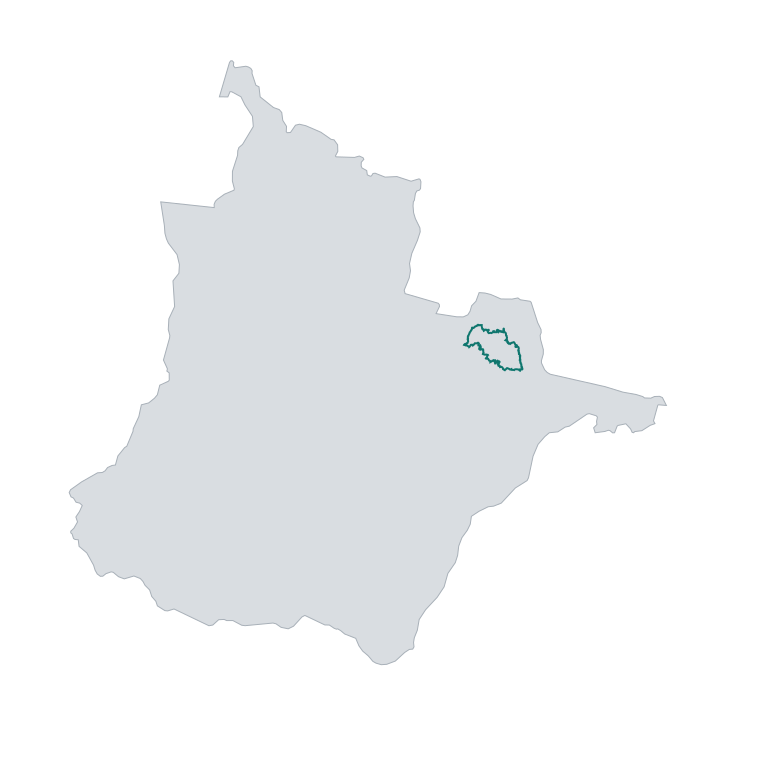 Feshi, Bandundu, Democratic Republic of the Congo shown in context, rotated 194°
{"feature_id": "63176286B93121803325272", "entity_name": "Feshi", "entity_type": "district", "adm_level": 2, "iso_a3": "COD", "parent_name": "Democratic Republic of the Congo", "parent_adm1": "Bandundu", "projection": "orthographic", "projection_center": [18.318, -6.306], "detail": "fine", "context": "in_parent", "style": "outline", "palette": "teal", "viewbox_px": 768, "rotation_deg": 194, "n_neighbors": 0, "source": "geoboundaries", "source_scale": "gbopen_adm2", "svg_char_len": 9348}
<svg xmlns="http://www.w3.org/2000/svg" viewBox="0 0 768 768"><g transform="rotate(194 384 384)"><path d="M644.7,506.7L591.4,514.1L592.3,517.3L591.8,520.5L590.3,523.0L584.7,529.6L576.5,535.7L576.4,537.2L580.2,544.2L582.5,553.7L581.4,570.4L582.3,574.9L582.0,578.4L579.2,582.3L573.1,602.2L576.4,611.9L586.5,621.2L592.3,628.1L602.5,630.7L604.1,630.4L605.0,624.8L613.2,622.8L611.7,658.5L611.0,660.4L609.5,660.9L607.6,659.7L607.1,656.3L605.0,654.8L594.9,658.9L592.3,658.8L589.6,658.0L587.7,656.1L587.2,653.4L580.6,642.9L577.2,642.1L573.6,632.6L558.1,625.5L552.0,624.9L548.9,622.7L546.0,615.3L540.9,610.4L539.9,605.2L538.8,604.4L535.6,605.4L532.5,613.7L528.9,615.6L522.4,615.7L506.1,613.0L494.6,608.6L491.5,608.8L486.9,604.9L485.1,598.5L486.3,593.5L485.5,592.8L467.5,596.7L463.1,599.2L459.1,598.5L457.9,597.1L459.7,593.7L458.9,590.0L457.6,588.3L452.4,586.9L450.8,582.9L447.6,582.3L446.5,582.9L445.6,585.6L443.6,586.4L433.0,585.0L421.7,588.4L406.8,587.3L399.7,591.5L398.6,591.3L397.1,589.2L395.8,582.4L396.6,580.6L398.8,579.3L399.6,576.5L399.0,569.5L399.6,567.9L398.9,563.8L396.7,557.3L393.6,552.1L386.9,544.1L385.7,540.4L386.3,531.5L388.6,517.5L388.4,507.1L385.7,500.3L385.2,493.0L387.1,479.9L385.4,476.8L351.0,475.5L349.6,474.5L348.9,472.7L350.5,464.9L329.6,466.8L323.3,468.3L319.4,471.4L318.1,475.4L317.9,481.1L314.8,486.5L313.8,495.7L308.0,496.7L302.2,496.7L291.1,494.8L280.2,497.4L274.9,499.9L272.1,498.7L262.3,499.6L261.0,498.9L249.8,480.8L244.8,474.8L243.9,471.8L244.3,469.0L242.9,465.2L237.7,455.9L236.7,451.6L236.9,444.8L236.3,442.5L231.6,436.7L228.5,434.7L225.0,433.7L168.8,434.9L150.2,433.9L136.7,434.8L129.8,434.4L127.9,433.5L121.7,434.8L118.5,437.3L113.6,438.7L110.6,438.2L104.8,431.5L112.7,430.2L113.2,429.6L113.6,413.4L111.5,411.1L115.7,408.3L122.5,401.1L129.2,398.5L130.0,397.1L131.5,397.1L133.9,400.1L139.7,403.9L146.9,400.4L147.6,399.5L148.5,392.5L150.3,391.9L153.4,393.4L155.1,393.4L158.2,391.4L167.3,387.8L170.0,392.2L167.6,396.2L168.7,399.1L168.9,403.5L170.4,404.5L177.7,404.9L179.8,403.8L194.0,387.9L197.8,386.0L203.8,379.6L211.8,376.7L215.3,371.8L219.9,362.8L221.9,350.0L221.1,327.9L221.8,324.9L231.4,314.9L241.4,296.8L248.1,292.0L253.2,290.1L261.0,283.5L267.2,276.8L266.4,268.8L267.8,262.2L271.2,253.8L272.3,244.9L271.1,235.5L271.6,227.9L276.2,215.7L276.6,201.7L280.8,189.9L289.0,175.1L292.9,164.0L292.1,153.1L293.2,145.1L292.8,140.3L291.3,136.2L292.0,133.7L295.2,132.6L299.0,128.5L306.0,117.9L313.5,112.7L318.7,111.0L324.2,111.2L327.7,112.2L333.5,116.4L340.1,119.7L345.0,123.9L349.9,130.4L361.6,131.9L366.6,134.3L369.7,135.2L370.8,134.6L373.2,134.9L378.7,136.9L383.1,135.9L404.8,140.3L407.2,138.2L413.2,127.1L417.7,123.3L425.0,123.0L430.8,125.2L433.9,125.2L460.3,115.9L463.7,115.5L473.3,117.9L479.5,116.4L482.1,116.9L487.4,115.3L491.8,108.7L495.4,107.1L533.3,114.9L539.0,111.5L541.8,111.1L550.2,113.9L552.8,118.0L557.9,121.6L561.6,127.5L567.2,130.9L570.1,134.1L573.4,136.3L580.2,137.2L588.9,132.1L595.0,132.8L601.2,135.8L603.3,135.7L607.9,132.7L610.3,129.5L612.7,128.8L616.3,130.3L619.3,133.5L622.0,138.0L631.5,148.2L640.6,152.7L643.0,158.9L646.2,158.4L647.9,159.0L650.3,163.0L651.9,163.8L652.3,165.4L650.0,169.0L648.0,176.0L650.8,180.4L648.6,186.6L647.4,193.1L650.4,194.8L654.2,194.8L657.7,198.2L660.4,198.8L663.2,202.5L662.6,205.5L653.8,215.8L640.5,228.5L635.9,230.0L633.6,232.3L632.0,236.1L628.1,239.2L625.0,240.4L624.8,249.8L620.3,259.5L618.5,261.4L616.1,277.3L616.5,280.0L614.0,293.0L614.4,305.1L607.8,308.7L603.3,314.6L601.3,318.7L601.3,328.6L593.9,334.5L593.3,335.8L595.1,342.8L597.8,344.0L597.8,346.3L603.8,353.9L603.2,376.9L603.5,379.2L606.5,384.7L608.5,395.2L605.9,408.5L613.7,433.0L609.8,441.8L611.4,450.4L616.1,459.5L627.3,468.5L630.2,472.2L633.0,477.2L635.5,484.8L644.7,506.7Z" fill="#d9dde1" stroke="#a8b0b8" stroke-width="1"/><path d="M291.3,433.4L291.0,433.3L290.9,433.4L290.5,434.1L290.3,434.2L289.8,433.6L289.0,433.6L288.7,433.2L288.1,432.7L287.7,432.2L286.7,432.1L286.5,431.9L286.2,431.1L285.8,431.7L285.4,431.6L284.8,432.2L284.6,432.7L284.0,432.8L283.8,433.4L283.6,433.6L283.2,433.7L282.9,433.7L282.6,433.6L282.8,433.1L282.6,432.9L282.5,433.0L282.3,433.5L281.9,433.8L281.7,433.5L281.8,432.5L281.7,431.9L281.4,431.2L281.1,430.8L280.9,430.9L280.8,431.1L280.6,431.1L280.6,431.4L280.4,431.9L280.0,432.1L280.0,432.5L279.9,432.8L279.8,433.1L280.0,433.2L279.6,434.1L279.3,434.1L278.7,433.7L277.6,433.8L277.4,433.6L278.0,433.3L278.5,433.0L278.6,432.8L278.7,432.3L278.5,431.9L278.4,431.7L277.6,432.3L277.5,432.1L277.5,431.5L278.1,430.8L278.1,430.5L278.0,430.3L277.2,430.0L277.3,429.4L277.0,429.3L275.5,429.3L275.4,428.5L274.4,428.9L273.5,428.9L273.1,428.7L272.3,427.8L272.0,427.7L272.0,427.2L270.9,426.9L270.3,426.6L270.1,426.6L270.0,426.9L269.3,427.8L268.7,429.0L268.3,429.2L267.7,429.2L267.3,429.0L266.7,429.0L265.7,428.8L265.3,428.5L264.9,428.5L264.7,428.7L264.0,429.3L263.7,428.7L263.2,428.6L262.8,428.8L262.2,428.9L262.0,429.0L261.0,429.0L260.7,429.7L259.7,430.2L258.9,430.4L256.9,430.6L255.8,430.0L255.2,429.8L255.1,430.1L255.6,430.9L255.5,431.2L254.7,431.4L253.6,431.5L253.4,431.6L253.3,431.9L253.3,432.1L253.5,432.4L253.8,432.6L254.0,433.2L254.2,433.4L254.2,433.5L254.4,433.6L254.2,433.8L254.4,434.1L255.0,434.4L255.1,434.8L255.1,435.1L255.3,435.4L255.3,435.7L255.5,436.1L255.6,436.4L255.8,436.4L256.7,437.5L256.6,438.0L256.8,438.2L257.0,438.1L257.2,438.8L257.4,439.0L257.5,439.4L257.4,439.5L257.5,440.1L257.8,440.2L258.0,440.2L258.0,440.4L257.9,440.5L258.1,440.8L257.9,441.1L258.2,441.5L258.2,442.2L258.5,442.5L258.5,442.9L258.6,443.1L258.5,443.6L258.7,443.9L258.9,443.9L258.9,444.1L258.8,444.4L259.0,444.5L259.2,445.0L259.4,445.1L259.6,445.3L259.7,445.5L260.1,445.9L260.0,446.0L260.4,446.4L260.5,446.3L260.7,446.9L260.6,447.2L261.0,447.5L261.1,447.9L261.1,448.3L261.4,448.4L261.4,448.8L261.6,448.8L261.8,449.0L261.7,449.2L261.7,449.4L261.9,449.8L261.7,450.7L262.3,452.1L263.0,452.5L263.3,452.6L264.8,451.8L265.3,451.8L265.6,452.2L265.6,452.7L265.2,453.0L264.5,453.2L264.4,453.4L264.4,453.6L264.5,453.7L264.7,453.8L265.1,453.5L265.4,453.5L266.2,454.1L267.3,455.4L268.1,456.0L268.5,455.9L269.6,455.0L270.1,454.9L270.4,454.5L270.7,454.1L271.0,454.1L271.1,453.7L271.5,453.9L272.1,453.8L272.4,453.2L273.7,453.7L273.8,454.1L273.6,454.5L273.8,454.7L274.3,454.5L274.6,454.6L274.6,455.0L274.8,455.7L275.1,456.3L275.4,456.3L275.8,455.8L276.1,455.7L276.7,455.8L276.4,456.3L276.0,456.7L275.9,457.2L275.8,457.5L275.9,457.9L275.8,458.3L275.9,458.9L276.4,459.5L276.6,460.3L277.2,460.5L277.6,461.2L277.7,462.1L277.8,462.2L278.2,462.6L278.4,463.1L279.6,463.6L280.2,464.2L281.1,466.6L281.3,466.6L281.4,466.3L281.1,465.1L280.7,464.7L280.5,464.3L280.6,464.0L280.3,463.2L280.6,463.0L281.6,463.1L282.0,463.6L282.4,463.6L282.5,463.0L283.0,462.9L283.5,463.4L284.4,463.6L284.8,463.6L285.1,463.1L285.1,462.9L285.3,462.9L285.4,462.6L285.8,463.2L286.1,463.2L286.1,463.5L286.3,463.9L286.4,464.0L287.1,464.0L287.4,463.7L287.6,463.0L287.5,462.9L287.4,462.4L287.0,462.2L286.8,461.8L286.9,461.6L289.8,460.9L290.1,461.7L290.2,461.9L290.4,461.8L290.8,461.5L290.6,461.1L290.6,460.8L292.1,459.4L292.8,459.5L294.6,458.7L294.8,458.8L295.3,459.1L295.8,459.6L296.0,460.0L296.0,460.5L295.4,461.3L295.4,461.7L295.6,461.9L296.0,461.8L296.5,461.0L296.7,460.8L297.1,460.9L297.7,461.4L298.0,461.4L298.3,461.2L298.7,461.3L298.8,461.2L299.0,461.1L299.5,461.0L299.6,460.2L300.0,459.8L300.1,460.0L300.1,459.8L300.3,460.2L300.2,460.3L300.4,460.9L300.8,461.0L301.0,460.8L301.6,460.9L301.7,461.0L301.8,461.5L302.2,461.6L302.5,462.4L303.2,463.6L303.4,464.8L304.8,464.5L305.3,464.2L305.5,464.2L305.9,464.0L306.1,464.2L306.4,464.2L307.0,464.2L307.2,463.7L307.4,463.7L307.5,463.4L307.8,463.1L308.0,463.1L308.2,462.6L308.5,462.5L308.8,462.4L309.0,462.2L309.3,462.0L309.4,461.8L309.7,461.6L310.0,460.9L310.5,460.5L310.6,460.1L311.2,459.8L311.7,460.0L311.8,459.9L312.0,460.0L312.2,459.9L312.2,459.5L312.0,459.3L311.9,458.9L312.0,458.6L312.0,458.4L312.1,458.2L312.2,457.5L312.5,457.1L312.4,457.0L312.9,455.5L313.3,455.0L313.3,454.4L313.4,454.2L313.4,453.9L313.3,453.7L313.4,453.4L313.4,453.2L313.6,452.8L313.6,452.2L313.8,451.7L314.0,451.3L313.8,451.0L314.0,450.7L314.1,449.9L313.9,449.4L313.6,449.0L313.7,448.1L313.4,448.1L313.3,447.5L313.2,447.2L313.1,446.6L312.7,445.9L312.7,445.4L312.9,444.5L312.9,444.0L313.1,443.9L313.3,444.0L313.8,443.1L314.8,442.6L315.2,442.3L315.2,442.0L315.5,441.8L315.6,441.7L315.4,441.5L315.5,441.3L314.7,441.3L314.4,441.2L313.8,441.2L313.7,441.2L313.4,441.5L313.0,441.6L311.3,440.9L310.5,440.7L310.3,440.4L310.0,440.8L310.0,441.2L309.5,442.0L309.2,443.0L308.6,443.2L308.2,443.4L307.8,443.4L307.2,442.8L306.8,443.2L306.7,443.9L306.2,444.1L305.7,445.5L304.1,445.8L303.7,446.0L303.0,446.7L302.6,446.8L302.4,446.8L301.9,446.4L302.1,446.2L301.9,445.3L302.0,445.2L301.7,444.7L301.7,444.3L301.3,444.3L300.4,444.8L300.0,444.9L299.1,443.5L299.0,443.0L299.8,443.5L300.0,443.5L300.1,443.4L300.2,441.3L300.1,441.1L299.9,441.2L299.4,441.9L299.2,441.8L298.9,441.4L298.9,441.2L299.3,440.8L299.1,440.5L298.9,440.5L298.0,441.1L297.5,441.2L297.2,441.5L296.5,441.7L296.0,441.2L295.9,440.9L296.0,440.8L295.9,440.6L295.9,440.4L295.5,439.5L295.3,438.8L295.1,438.7L294.9,438.4L295.0,438.1L295.2,437.9L295.2,437.5L295.3,437.4L295.3,437.0L293.5,436.8L291.5,437.4L291.0,437.3L290.3,437.4L290.2,437.3L290.6,437.0L290.7,436.7L290.6,435.9L290.4,435.3L290.5,435.0L290.7,434.9L290.8,434.5L291.1,434.2L291.3,433.4Z" fill="none" stroke="#0f766e" stroke-width="2"/></g></svg>